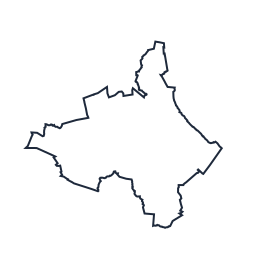 Salinas Victoria, Nuevo León, Mexico, rotated 192°
{"feature_id": "50627088B71120151687353", "entity_name": "Salinas Victoria", "entity_type": "district", "adm_level": 2, "iso_a3": "MEX", "parent_name": "Mexico", "parent_adm1": "Nuevo León", "projection": "mercator", "projection_center": [-100.308, 26.122], "detail": "fine", "context": "isolated", "style": "outline", "palette": "slate", "viewbox_px": 256, "rotation_deg": 192, "n_neighbors": 0, "source": "geoboundaries", "source_scale": "gbopen_adm2", "svg_char_len": 5521}
<svg xmlns="http://www.w3.org/2000/svg" viewBox="0 0 256 256"><g transform="rotate(192 128 128)"><path d="M213.2,89.4L193.2,85.0L194.6,83.7L189.5,78.9L190.9,77.0L189.8,76.2L187.9,76.5L186.5,77.1L184.0,71.5L184.8,70.8L182.8,68.6L183.8,67.1L180.8,67.1L176.6,65.4L176.4,65.5L176.1,65.4L176.3,64.8L172.0,63.5L171.9,63.6L169.4,62.6L151.4,60.8L144.2,59.9L143.9,60.3L144.4,61.3L144.3,61.6L145.3,62.7L145.2,63.3L144.7,63.9L144.8,65.5L145.0,66.1L144.7,67.8L144.4,69.1L143.6,70.4L144.8,71.6L145.2,72.6L144.7,73.6L143.7,73.7L143.4,74.0L142.0,74.1L141.0,74.0L140.2,74.1L139.6,74.8L139.2,74.9L138.9,75.7L138.3,76.3L136.5,76.7L135.8,77.6L135.3,77.5L134.5,78.2L133.0,80.4L132.8,82.4L131.5,83.0L131.4,83.0L131.2,82.6L130.8,81.6L129.4,81.2L128.4,81.5L128.4,81.4L129.0,80.6L126.2,78.5L119.2,78.0L113.8,78.4L112.8,76.7L112.8,75.9L112.4,75.1L112.0,74.2L112.1,73.6L111.8,73.2L111.6,72.5L111.6,71.7L111.0,71.3L111.4,70.2L110.4,69.0L109.5,68.5L109.1,67.9L109.0,68.0L108.2,67.8L107.9,65.9L108.0,65.1L107.5,64.4L106.8,64.0L105.9,63.2L104.9,62.9L104.1,63.0L103.0,63.4L102.6,63.4L102.2,63.6L102.0,62.9L101.9,62.5L101.3,61.6L100.1,61.1L99.0,60.8L99.2,59.9L99.1,59.3L98.5,58.9L98.0,58.4L97.7,57.8L97.9,57.5L97.9,56.6L96.8,56.2L96.4,55.7L96.9,53.6L94.0,47.8L84.6,49.0L83.1,37.6L82.8,37.8L82.2,37.9L81.9,38.1L81.4,38.2L81.0,38.1L80.1,38.4L79.8,38.6L79.5,39.1L79.3,39.3L78.6,39.0L78.2,39.2L77.9,39.3L77.3,39.2L76.5,38.6L75.7,38.4L75.1,38.4L74.6,38.6L74.2,38.4L73.9,38.5L73.6,38.3L73.4,38.3L73.0,38.3L72.9,38.3L72.6,38.4L72.2,38.4L71.6,38.3L71.0,38.1L70.8,38.2L70.2,38.7L69.4,39.0L69.1,39.0L68.4,39.3L68.2,39.5L68.1,39.9L67.9,40.0L67.7,40.3L67.4,40.5L67.0,40.4L66.8,40.6L66.4,40.8L66.3,41.0L65.0,46.3L62.3,48.9L57.0,53.9L59.9,55.1L58.2,56.1L57.3,57.4L59.7,58.0L58.6,61.3L60.5,64.7L61.5,66.9L61.9,67.5L61.9,67.9L62.3,68.5L61.2,70.2L62.4,72.8L65.7,75.6L66.4,79.2L66.5,79.5L66.0,80.7L66.4,81.8L66.6,82.7L62.0,83.7L62.0,84.3L61.1,85.6L59.8,87.0L51.4,98.2L50.3,98.6L49.7,99.6L49.8,99.8L49.7,100.1L49.8,100.3L50.1,100.9L51.0,101.5L50.7,102.0L45.7,99.0L45.6,98.9L45.1,98.9L44.8,98.8L40.1,108.9L32.1,127.7L33.4,128.5L34.4,128.9L37.3,131.6L39.6,132.8L39.8,132.6L40.6,131.8L41.0,131.8L41.4,131.9L41.7,131.3L42.0,131.3L42.3,131.1L42.5,131.1L42.8,130.9L43.0,130.7L43.6,130.5L44.0,130.4L44.2,130.5L44.5,130.4L44.9,130.5L46.2,130.8L46.5,130.9L47.7,132.1L48.2,132.5L48.6,132.6L49.3,133.1L50.0,133.3L51.3,134.5L52.0,135.0L52.3,135.0L52.5,135.3L52.6,135.5L52.9,135.4L53.1,135.4L53.3,135.5L53.4,135.8L53.9,136.2L54.1,136.2L55.2,137.4L55.6,137.7L56.5,138.2L58.7,139.6L59.4,140.0L59.7,140.1L60.4,140.1L60.5,140.1L60.7,140.5L61.3,140.9L61.8,141.1L62.2,141.4L62.5,141.4L62.9,141.8L63.5,142.3L64.0,142.4L64.2,142.6L64.5,142.5L64.9,142.6L65.1,142.8L65.4,142.8L65.9,143.3L66.4,143.5L68.8,145.1L69.3,145.6L71.5,146.9L71.6,147.1L71.5,147.7L73.2,148.9L74.3,149.6L74.8,150.5L75.5,151.2L75.8,151.4L77.2,151.7L78.4,152.6L78.8,153.6L79.2,153.9L81.0,154.2L80.9,155.1L81.5,156.3L82.2,156.8L83.1,157.7L83.6,157.8L84.3,159.1L84.6,159.3L85.6,160.1L85.8,160.1L86.0,160.8L86.8,161.8L87.0,162.2L87.1,162.5L87.8,163.5L88.6,164.4L88.6,164.7L89.5,166.4L90.1,168.3L91.2,172.8L90.8,173.2L90.7,173.4L90.3,174.0L90.1,174.4L90.4,175.9L90.8,176.3L91.0,176.9L90.9,177.2L97.8,176.4L100.8,179.8L101.4,180.6L106.1,186.0L106.7,186.2L106.7,186.4L106.9,186.6L106.4,186.6L105.7,186.9L105.5,187.5L105.2,187.9L104.9,188.2L104.4,188.2L104.1,188.5L103.8,188.8L104.0,189.9L103.9,190.2L103.2,190.6L103.1,190.8L102.8,190.7L102.6,190.8L102.2,191.4L102.0,191.5L101.6,191.9L101.3,192.1L101.2,192.4L101.9,193.8L102.3,194.9L106.6,205.8L106.9,206.2L106.8,206.3L107.7,208.5L108.5,208.2L110.2,214.3L109.3,214.3L110.5,218.4L114.7,218.4L119.2,218.2L119.2,210.9L124.5,208.4L124.3,208.0L125.0,206.6L125.3,206.1L126.2,203.9L127.0,203.0L127.2,202.8L127.8,202.3L127.8,202.1L128.0,201.7L128.6,200.9L128.9,200.4L128.3,199.2L128.6,198.4L129.7,196.7L128.2,192.6L127.3,192.2L127.6,190.3L127.3,190.1L128.9,186.8L129.0,185.9L129.2,186.0L129.3,185.6L129.8,185.6L130.3,185.0L131.6,184.4L130.9,181.4L129.7,181.7L129.4,181.4L130.4,175.3L130.0,174.8L129.4,174.7L129.3,174.9L129.1,174.9L128.9,174.6L128.2,174.1L127.8,173.7L127.6,173.2L127.1,172.4L126.9,172.0L127.0,172.0L126.4,171.2L126.1,170.6L125.8,169.8L125.6,169.8L125.5,169.3L125.3,169.0L125.3,168.8L125.5,168.3L125.4,168.0L124.9,167.5L124.8,167.4L124.1,167.6L123.6,167.4L122.2,167.5L121.8,167.0L121.0,166.5L120.5,166.4L119.3,165.6L118.4,165.2L117.8,165.1L117.5,165.1L117.4,165.2L116.9,165.0L116.8,164.8L116.9,164.3L117.7,163.8L118.3,163.5L118.6,163.1L118.8,161.7L118.8,161.3L131.5,167.9L131.7,165.8L130.5,161.7L139.1,158.4L139.8,160.9L141.7,162.4L144.6,161.4L147.2,157.9L147.7,157.3L153.0,154.0L155.3,157.6L157.1,163.8L164.8,155.8L168.4,153.8L168.4,153.4L168.5,153.3L168.9,153.4L169.9,152.8L177.7,147.8L176.0,144.3L176.0,144.1L173.3,138.5L170.7,132.3L169.3,130.5L168.9,129.7L180.1,125.1L193.1,118.2L193.2,116.3L193.7,114.8L194.1,114.1L194.7,113.6L195.5,113.8L196.4,113.9L197.3,114.5L199.1,114.1L199.4,114.2L199.9,114.6L200.5,114.7L200.8,115.4L201.5,114.7L202.1,114.6L202.3,115.3L203.4,115.5L203.6,115.2L204.3,115.3L204.9,114.5L206.1,114.2L206.6,114.2L208.4,114.7L209.5,114.6L209.2,113.5L209.1,112.7L208.8,112.1L209.2,111.8L209.3,111.5L209.7,110.9L209.4,110.7L209.5,108.1L209.2,106.4L209.1,105.8L208.7,104.8L208.8,104.2L208.7,103.8L208.9,103.3L208.9,103.0L208.8,102.8L208.9,102.7L209.3,102.5L209.7,102.2L209.8,102.2L212.0,103.0L215.9,104.4L221.5,103.6L221.2,103.0L219.9,101.7L220.4,100.0L222.2,89.9L222.3,89.5L223.9,87.2L213.2,89.4Z" fill="none" stroke="#1e293b" stroke-width="2"/></g></svg>